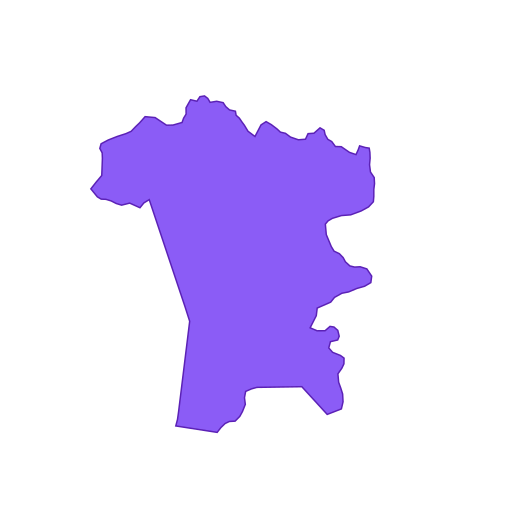 Santa Rosa do Piauí, Piauí, Brazil, rotated 242°
{"feature_id": "56859067B62490299296304", "entity_name": "Santa Rosa do Piauí", "entity_type": "district", "adm_level": 2, "iso_a3": "BRA", "parent_name": "Brazil", "parent_adm1": "Piauí", "projection": "albers", "projection_center": [-42.221, -6.814], "detail": "fine", "context": "isolated", "style": "filled", "palette": "violet", "viewbox_px": 512, "rotation_deg": 242, "n_neighbors": 0, "source": "geoboundaries", "source_scale": "gbopen_adm2", "svg_char_len": 1977}
<svg xmlns="http://www.w3.org/2000/svg" viewBox="0 0 512 512"><g transform="rotate(242 256 256)"><path d="M82.7,244.5L80.9,259.6L86.4,264.4L93.5,267.7L99.4,268.8L105.7,269.7L113.5,273.0L116.6,279.1L119.5,283.0L124.5,285.8L128.5,283.9L135.0,278.4L140.7,277.1L145.4,281.5L143.5,288.7L146.1,291.8L151.9,293.3L156.7,291.5L159.1,288.3L157.6,281.9L161.3,274.8L167.2,270.1L175.0,281.2L181.3,285.6L180.2,300.3L182.6,305.9L182.8,314.3L180.8,320.9L180.0,329.8L178.3,337.7L178.6,344.9L183.9,348.7L192.6,347.8L197.6,342.9L199.9,337.9L203.2,334.2L208.9,332.2L213.6,332.2L218.9,330.7L223.6,327.2L229.0,326.9L241.9,328.1L251.6,332.2L253.2,336.2L253.4,341.1L251.6,350.4L247.9,358.9L246.4,370.0L246.5,378.4L248.8,385.1L253.3,388.0L259.5,391.3L264.2,394.6L269.8,397.2L276.4,396.5L283.3,399.1L288.8,402.7L294.0,405.2L298.1,406.6L300.5,403.4L304.6,399.2L301.8,396.1L298.6,391.9L303.6,387.2L312.5,382.6L315.4,377.5L321.5,376.6L325.3,374.2L330.7,374.0L335.0,375.2L339.1,372.7L337.2,364.8L339.6,359.4L335.9,354.5L338.7,348.0L344.8,342.3L350.5,339.6L353.9,335.7L358.3,334.2L364.8,331.2L369.9,328.0L369.4,322.0L362.0,311.2L369.9,307.5L377.0,307.1L381.0,306.5L385.6,306.0L389.6,304.5L393.5,305.8L397.4,301.2L402.2,299.4L406.8,299.0L411.1,293.9L413.2,287.6L417.8,287.4L421.5,285.7L423.0,281.3L420.4,276.5L424.7,271.6L422.1,267.5L419.7,263.8L414.1,260.9L411.7,256.8L408.6,253.4L410.6,244.1L413.5,238.4L425.6,231.9L431.1,223.5L428.2,215.7L426.7,210.4L424.7,204.3L425.1,198.6L426.7,189.6L427.8,180.0L427.8,171.9L424.3,168.6L419.3,168.6L414.3,166.2L404.1,160.3L399.5,157.6L396.3,149.6L392.8,141.7L382.7,143.7L378.9,146.0L376.5,150.1L372.6,154.0L368.0,157.2L364.0,161.2L362.0,169.3L353.1,176.2L355.5,181.9L355.9,188.2L244.4,169.5L229.5,166.8L154.8,114.5L148.6,110.0L143.6,105.4L118.5,138.9L121.0,144.5L122.6,150.1L122.4,154.8L120.0,160.0L122.0,166.4L125.0,171.0L130.0,176.9L136.3,179.3L141.3,183.3L140.8,189.6L139.6,195.1L119.1,235.1L82.7,244.5Z" fill="#8b5cf6" stroke="#5b21b6" stroke-width="1.5"/></g></svg>